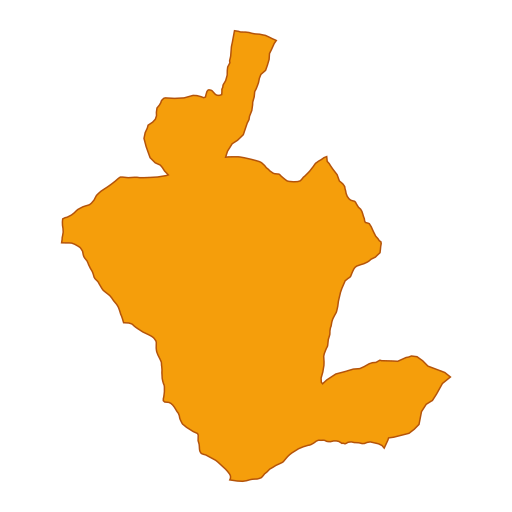 Lungnyi, Paro, Bhutan (Natural Earth projection)
{"feature_id": "84629894B57093636302105", "entity_name": "Lungnyi", "entity_type": "district", "adm_level": 2, "iso_a3": "BTN", "parent_name": "Bhutan", "parent_adm1": "Paro", "projection": "natural_earth1", "projection_center": [89.391, 27.38], "detail": "fine", "context": "isolated", "style": "filled", "palette": "amber", "viewbox_px": 512, "rotation_deg": 0, "n_neighbors": 0, "source": "geoboundaries", "source_scale": "gbopen_adm2", "svg_char_len": 5998}
<svg xmlns="http://www.w3.org/2000/svg" viewBox="0 0 512 512"><path d="M61.6,242.8L65.4,242.9L68.9,242.9L71.7,243.1L74.6,244.2L78.0,246.1L80.1,247.5L81.2,249.0L82.6,251.3L82.9,252.9L83.2,254.5L83.5,255.6L84.0,256.9L84.9,258.3L87.0,260.9L87.9,262.8L88.6,264.7L89.4,266.3L90.3,268.2L91.2,269.7L92.3,271.6L93.1,273.7L93.8,276.1L94.1,277.2L95.1,278.8L97.4,281.1L98.3,282.2L99.3,284.1L101.9,288.5L103.2,290.3L104.9,291.7L109.8,295.6L111.7,297.9L112.9,299.7L114.0,301.2L116.6,304.3L118.1,306.7L118.9,308.6L119.5,310.3L119.9,311.5L120.7,314.2L121.5,316.0L122.4,318.6L123.6,322.7L125.4,322.8L128.8,323.0L131.7,323.9L132.7,324.6L133.8,325.7L135.5,327.1L137.8,328.7L142.9,332.0L148.4,334.6L150.7,335.8L151.9,336.5L153.5,337.7L154.3,338.6L155.2,339.9L155.9,340.9L156.3,342.5L156.2,348.0L156.4,350.0L156.7,351.7L157.9,354.9L160.1,359.3L161.3,362.0L161.5,363.8L161.5,365.0L161.7,366.1L161.9,368.4L162.0,369.9L161.9,372.8L162.1,376.2L162.2,378.4L162.7,380.9L163.5,383.7L164.1,385.0L164.4,386.8L164.4,391.7L164.2,393.6L163.8,396.7L163.3,398.8L163.3,400.7L164.7,402.0L168.9,402.4L170.9,403.4L172.7,405.0L174.4,407.2L176.1,410.0L177.0,411.5L178.3,413.2L179.3,415.7L179.7,418.0L180.2,419.5L181.0,421.2L181.9,423.0L182.6,424.1L186.5,427.3L193.3,431.6L197.5,433.5L198.2,435.0L198.1,440.7L199.1,444.1L199.3,445.9L199.5,449.2L199.7,450.4L200.0,451.4L200.8,452.9L201.6,453.6L203.4,454.3L205.7,454.9L215.7,460.3L217.8,462.0L225.6,469.2L227.4,471.2L229.5,473.9L230.1,475.0L230.5,476.1L230.5,478.2L229.8,479.9L237.2,481.0L242.6,481.3L246.5,480.7L250.0,479.7L252.0,479.3L254.3,479.1L257.2,479.0L259.4,478.4L261.4,477.6L263.3,475.5L264.5,473.9L266.9,472.0L269.7,469.1L272.9,467.3L275.9,465.4L280.7,463.2L282.3,462.4L283.3,461.7L286.3,458.1L287.7,456.5L289.7,454.6L291.9,452.9L298.6,448.7L303.2,446.8L308.1,445.3L309.5,445.1L310.9,444.6L313.1,443.4L314.5,442.5L316.3,441.1L318.5,440.2L321.0,440.3L323.5,440.2L324.8,440.4L326.5,441.3L328.1,441.6L330.4,441.7L332.5,441.2L333.7,440.9L336.2,440.9L338.7,441.4L340.6,442.5L341.9,443.4L343.1,443.2L345.0,443.8L346.3,443.3L348.0,442.3L350.0,442.0L351.4,441.9L354.5,442.6L355.5,442.6L359.0,442.8L362.1,443.6L364.4,443.5L367.2,442.4L370.3,441.9L378.5,443.8L382.0,445.5L384.2,448.1L387.8,440.3L388.6,437.9L393.7,437.2L409.0,433.3L414.3,429.2L419.0,424.4L421.5,411.6L426.2,404.3L431.3,401.1L432.4,400.5L436.5,394.1L442.4,383.5L450.4,377.0L444.8,372.5L427.9,366.1L422.7,360.8L417.0,356.7L411.4,356.0L408.5,357.1L406.1,357.5L397.7,361.3L392.8,361.0L381.5,360.7L379.9,360.2L376.0,362.4L372.4,362.7L369.1,363.8L364.2,366.6L359.8,368.6L353.3,369.1L343.8,371.9L335.8,374.0L326.8,379.9L322.6,383.8L321.3,382.2L321.1,378.1L322.8,372.0L323.9,365.5L324.0,363.2L324.0,361.3L323.9,360.0L323.7,356.2L324.3,353.6L325.6,350.2L326.6,347.9L327.4,346.5L327.7,345.2L327.9,343.3L328.3,339.5L329.3,336.3L329.8,334.5L329.9,332.8L329.9,331.1L330.2,329.1L330.5,327.6L331.1,326.1L331.7,322.6L332.0,321.3L332.8,318.9L334.0,316.5L334.9,314.8L336.2,312.5L336.6,311.3L337.3,308.4L337.8,306.0L338.4,301.3L339.2,297.8L340.5,292.3L341.9,288.3L345.2,280.7L346.3,279.9L347.8,278.6L349.9,277.2L350.7,276.2L352.0,272.9L352.9,270.9L354.0,268.7L355.1,267.3L356.7,266.1L358.9,265.3L361.2,264.5L363.9,263.7L367.3,262.1L368.9,261.1L371.1,259.2L375.4,257.1L377.0,255.5L380.0,252.7L380.4,249.6L380.7,246.4L380.9,245.3L381.2,243.5L380.9,241.8L379.3,240.7L377.9,238.6L375.7,236.2L373.4,231.6L372.3,229.2L371.3,226.9L369.3,223.7L368.4,223.3L366.7,222.8L365.5,222.5L364.7,221.3L364.3,218.6L363.9,217.6L363.3,215.9L362.8,214.1L361.9,211.4L360.6,209.2L358.4,207.2L356.2,203.6L355.6,202.3L354.6,201.3L352.3,200.7L350.6,200.1L348.9,198.7L347.2,196.3L346.1,193.4L345.6,190.7L345.0,188.6L344.7,186.6L343.1,184.2L341.7,182.9L339.4,181.0L337.1,174.7L332.8,169.1L330.4,165.6L329.2,163.6L327.2,161.4L326.7,156.6L323.9,157.7L322.7,158.6L320.6,160.0L318.6,161.1L317.0,162.3L315.8,163.1L315.0,164.0L313.3,166.5L311.1,169.3L309.9,170.9L308.3,172.6L304.6,176.3L303.4,177.2L302.5,178.4L301.1,180.0L300.1,180.9L297.7,181.6L293.7,181.8L289.1,181.4L287.3,181.0L285.8,180.0L284.4,178.9L282.6,177.4L281.0,176.0L279.8,174.7L278.9,174.1L277.7,174.0L274.6,173.7L273.2,173.2L271.4,172.0L269.5,170.6L268.6,169.5L266.3,167.7L264.6,165.5L262.0,163.1L261.0,162.4L259.4,161.6L256.4,160.7L251.5,159.4L246.7,158.3L244.0,157.7L240.0,157.0L238.1,156.8L233.0,156.8L228.3,156.9L225.6,157.2L227.5,151.2L232.2,143.7L237.6,140.2L243.3,134.7L247.2,123.1L249.0,119.6L249.5,116.3L250.1,114.8L251.8,110.5L252.6,104.8L252.7,102.2L254.2,96.8L254.7,91.6L256.2,88.8L257.7,84.9L258.5,82.6L259.4,78.2L260.9,74.4L265.6,70.3L267.4,65.2L269.1,59.4L269.5,53.5L271.5,49.5L274.2,43.5L276.3,40.5L275.3,40.0L272.5,38.8L268.9,37.0L265.4,35.4L262.8,34.9L259.6,34.2L255.0,33.9L251.8,33.3L249.0,32.5L245.6,32.1L240.5,32.0L238.4,31.3L234.5,30.7L232.6,40.9L232.4,42.1L231.8,44.8L231.4,46.8L230.7,55.9L230.5,57.0L230.2,58.3L229.9,59.5L229.6,60.9L229.9,62.8L227.7,67.0L227.3,70.3L227.2,75.1L225.7,80.5L224.1,83.3L223.3,84.5L222.9,85.9L222.8,87.2L221.9,89.2L221.9,92.1L221.7,94.6L219.7,95.3L218.0,95.4L216.4,95.0L215.1,94.1L212.1,90.8L211.0,90.2L208.9,89.8L207.8,90.3L206.9,91.6L205.9,95.0L205.5,97.0L203.7,97.7L201.1,96.7L196.9,95.6L193.1,95.4L184.1,97.9L174.6,98.4L165.3,97.9L163.8,98.3L162.0,100.0L161.3,101.0L160.8,102.7L159.4,105.1L157.0,108.0L156.4,112.2L156.5,115.8L155.3,119.3L152.6,122.2L148.1,125.2L147.3,128.1L145.2,132.6L144.0,138.4L146.1,146.5L147.7,151.0L150.1,157.7L155.2,162.8L160.3,165.1L162.4,167.6L164.5,170.9L168.3,174.9L166.2,175.6L157.6,177.0L150.8,177.4L143.7,177.7L139.7,177.7L137.1,177.3L134.2,177.3L128.3,177.7L122.7,177.1L120.3,177.1L119.2,177.8L117.8,178.9L115.2,181.2L111.2,184.3L107.4,187.0L104.6,188.8L101.0,191.2L98.5,193.4L96.5,195.4L95.2,197.8L94.1,200.0L91.5,203.1L89.8,204.5L88.7,205.0L87.7,205.3L85.3,206.0L82.9,206.8L80.2,208.2L77.8,209.5L76.2,210.9L74.3,212.8L71.5,215.0L67.2,217.2L65.1,217.7L62.7,218.9L62.5,220.8L62.4,222.0L62.5,225.3L63.0,228.5L63.2,232.1L62.6,235.7L62.2,237.5L62.1,239.5L61.6,242.8Z" fill="#f59e0b" stroke="#b45309" stroke-width="1.5"/></svg>